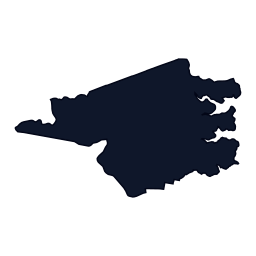 outline of Willoughby, New South Wales, Australia
{"feature_id": "25037944B78861208186776", "entity_name": "Willoughby", "entity_type": "district", "adm_level": 2, "iso_a3": "AUS", "parent_name": "Australia", "parent_adm1": "New South Wales", "projection": "robinson", "projection_center": [151.215, -33.802], "detail": "fine", "context": "isolated", "style": "filled", "palette": "ink", "viewbox_px": 256, "rotation_deg": 0, "n_neighbors": 0, "source": "geoboundaries", "source_scale": "gbopen_adm2", "svg_char_len": 5843}
<svg xmlns="http://www.w3.org/2000/svg" viewBox="0 0 256 256"><path d="M50.6,99.5L51.5,101.3L51.9,105.0L52.0,107.2L52.0,108.4L52.2,110.1L52.9,113.3L54.0,115.2L55.6,117.5L56.4,119.2L56.0,120.9L55.5,121.9L54.2,123.8L52.9,125.0L52.2,125.3L51.6,125.2L50.1,124.0L48.9,123.4L47.5,123.5L45.6,124.2L44.4,124.4L43.0,124.5L42.2,124.3L41.6,123.7L41.1,121.3L40.8,120.6L40.3,120.1L39.4,119.9L38.8,120.0L36.4,121.7L35.6,121.9L34.8,121.8L33.1,120.7L32.1,120.4L31.1,120.4L23.8,121.9L21.7,122.6L19.7,124.1L17.6,126.4L15.7,127.4L15.4,127.8L15.4,128.3L16.0,129.8L17.8,131.7L24.0,132.4L30.1,133.5L74.5,141.5L75.1,141.8L78.9,144.2L88.5,146.0L89.4,145.9L90.5,145.4L91.3,144.8L92.9,143.1L96.8,142.3L99.0,141.2L101.4,139.8L106.7,139.3L107.6,142.8L107.5,143.7L107.3,144.8L105.6,147.2L103.4,151.8L99.2,155.6L97.9,157.3L97.4,158.1L97.2,158.8L97.5,160.6L98.4,162.2L103.0,166.4L104.8,171.3L106.1,172.8L108.2,174.3L112.3,175.3L113.2,175.7L114.0,176.3L123.8,187.7L125.8,190.9L127.5,194.7L128.2,195.6L129.3,196.1L132.8,196.9L134.5,196.7L136.6,196.1L143.2,193.1L145.8,192.5L145.3,188.8L146.9,188.5L159.6,188.7L163.6,189.2L164.8,182.5L173.0,183.8L173.2,182.4L173.7,181.1L174.1,179.5L179.3,180.4L179.6,178.8L181.7,178.0L182.2,177.5L183.2,176.9L183.8,176.3L185.1,174.3L186.1,174.6L186.5,174.5L189.1,172.8L192.3,171.6L193.1,170.9L193.4,170.2L193.4,169.9L194.7,170.2L195.8,170.0L196.9,170.1L198.5,172.4L200.4,173.3L200.8,173.7L201.3,173.8L201.7,174.1L202.1,173.6L202.8,173.1L205.3,173.1L205.8,173.3L206.8,174.8L207.4,175.1L207.6,175.4L209.3,176.2L210.1,176.3L211.6,175.5L212.7,175.1L213.9,174.3L215.2,174.3L215.7,174.0L216.8,174.2L219.1,171.8L219.2,171.3L218.4,169.6L217.8,167.3L217.3,166.5L216.5,165.8L216.9,165.4L217.0,164.6L217.7,164.9L219.5,165.3L220.6,167.6L222.6,167.4L222.9,168.0L223.2,168.4L223.9,168.4L224.7,168.8L225.9,169.1L226.2,169.0L227.1,168.2L228.4,167.3L228.7,166.5L228.9,166.3L229.3,166.1L229.5,166.2L230.0,166.1L231.0,165.1L232.4,164.5L232.4,164.2L232.8,163.8L233.1,163.9L234.2,163.5L235.0,163.6L236.7,163.7L237.9,164.0L238.5,163.5L237.8,162.4L236.3,161.4L235.0,161.1L234.6,160.8L234.7,160.6L234.0,160.0L233.6,159.4L233.9,158.8L233.7,158.3L233.9,157.4L235.0,155.8L235.7,153.8L235.4,152.5L235.5,152.2L235.3,151.8L235.4,150.8L236.4,149.6L236.6,149.1L236.8,148.2L236.7,147.5L236.9,147.0L238.3,146.3L238.7,145.7L238.8,145.0L238.5,143.0L238.1,142.0L237.2,141.4L236.0,141.0L234.4,139.4L233.3,139.0L232.3,139.0L231.5,139.3L230.5,140.0L228.5,140.1L227.9,139.5L226.3,138.7L226.1,138.4L226.0,138.6L225.5,138.3L223.3,137.8L222.2,137.8L222.2,137.6L221.2,138.0L220.9,138.3L220.7,138.8L219.5,140.0L218.8,140.4L218.9,140.5L218.7,140.8L218.1,140.9L218.0,141.4L217.8,141.6L217.4,142.3L217.0,142.5L216.8,142.3L216.5,142.3L216.0,142.5L214.3,143.3L214.0,143.0L213.9,142.4L213.6,142.1L211.9,141.8L206.5,143.0L206.1,141.9L205.5,141.2L203.3,139.7L201.5,139.1L201.6,138.8L201.8,138.7L204.0,138.7L206.3,139.1L207.9,139.7L208.9,139.7L209.1,139.6L210.2,138.8L210.5,138.8L212.5,137.9L214.0,137.7L214.8,137.2L215.6,136.2L215.6,135.1L215.2,134.5L214.5,133.9L213.8,132.6L212.7,131.8L213.0,131.2L215.1,131.1L216.1,130.6L216.5,130.0L216.8,129.0L217.9,127.7L218.0,126.5L218.7,126.7L219.0,127.4L219.6,127.9L221.4,130.2L222.6,130.9L223.1,130.8L224.9,130.1L225.6,129.6L225.9,129.0L226.2,128.9L227.7,129.3L228.6,130.3L231.1,130.0L232.7,130.5L233.8,130.4L234.4,130.1L234.9,129.6L235.2,128.7L235.4,126.3L235.0,124.8L234.1,123.4L233.8,122.5L234.2,121.2L234.7,120.3L234.9,118.9L234.6,118.3L233.4,117.5L232.5,116.5L232.3,116.2L232.2,115.6L232.3,115.1L233.0,114.1L233.4,112.9L235.1,111.1L235.2,110.1L235.0,109.5L233.9,107.9L233.0,106.9L232.4,106.6L231.6,106.4L231.2,106.6L230.8,106.9L230.5,107.8L230.4,108.4L228.9,110.6L226.3,112.6L225.3,113.1L223.9,113.3L222.0,113.1L219.8,114.4L217.9,114.5L216.7,114.4L216.5,114.6L214.6,114.7L213.2,115.2L212.5,115.7L211.5,116.1L210.2,115.9L208.9,115.2L207.8,114.8L205.4,114.3L203.7,114.5L202.3,114.9L202.2,114.8L203.4,113.9L204.4,113.3L204.9,113.1L207.1,113.5L207.9,113.8L208.3,114.2L208.7,114.2L208.9,113.8L210.4,113.5L211.7,112.8L213.9,110.8L215.1,109.4L215.4,108.4L215.4,107.6L215.4,106.6L215.1,105.6L214.7,105.0L214.2,104.5L210.8,103.0L210.2,102.7L208.0,100.6L207.2,99.3L206.8,99.1L205.6,99.4L204.9,100.7L203.2,101.9L201.9,102.1L200.5,101.7L197.4,98.9L196.0,95.9L195.1,94.9L195.0,94.4L195.0,92.9L196.6,94.5L198.7,97.4L200.0,98.1L200.9,98.4L201.3,98.3L201.9,96.8L202.6,96.1L202.8,95.6L204.8,95.4L205.8,94.8L206.3,94.7L207.7,95.5L208.2,96.0L209.6,96.9L210.2,97.6L210.6,98.5L211.2,99.1L214.0,99.4L216.8,101.4L218.6,102.0L220.5,103.0L221.6,103.1L222.6,102.7L222.9,102.3L223.4,101.2L224.1,100.8L224.0,100.5L222.9,99.3L222.3,98.1L222.3,97.8L223.0,97.9L224.5,97.0L225.6,96.8L227.7,97.3L229.8,97.3L230.1,97.1L231.6,97.2L232.6,96.6L233.1,96.0L233.3,95.6L233.2,95.0L233.5,94.9L233.8,95.1L234.3,96.7L234.7,97.4L235.5,98.1L236.2,98.2L239.6,95.3L240.4,94.0L240.6,92.2L240.0,90.2L239.8,88.3L239.3,87.5L239.4,86.2L239.2,85.4L237.5,83.8L236.0,83.3L234.7,82.4L234.5,82.0L234.4,81.3L233.9,80.3L233.7,79.3L233.2,78.6L230.6,79.3L227.9,80.5L226.4,80.9L224.4,81.1L217.8,81.2L215.7,81.8L214.6,82.2L213.7,82.0L212.0,80.5L210.3,79.4L209.2,78.9L208.5,79.0L205.8,80.1L203.0,80.1L202.4,79.9L200.5,78.6L199.6,78.2L199.0,77.4L198.7,76.5L197.2,76.6L196.2,76.9L194.9,76.9L193.0,76.6L191.8,76.2L190.3,74.9L189.4,72.8L189.2,70.4L188.4,68.3L189.1,66.0L189.2,64.8L188.7,62.9L188.1,61.6L186.9,59.6L186.7,59.4L184.5,59.2L178.4,59.1L177.0,59.9L176.3,59.9L174.6,60.7L161.2,65.4L147.0,70.6L146.0,71.1L134.6,75.4L132.5,76.1L132.1,76.1L106.3,85.7L106.0,85.8L105.9,85.5L89.9,91.7L89.4,92.1L89.1,93.1L88.6,93.8L88.0,94.5L87.4,96.5L85.8,96.0L84.5,95.1L81.4,94.7L80.2,94.9L77.8,96.0L74.6,99.1L72.8,98.9L70.0,99.1L69.4,98.9L67.0,97.4L65.6,97.1L64.6,97.1L63.9,97.4L63.1,98.5L62.3,99.3L61.2,99.8L59.4,99.2L58.1,99.5L56.5,98.5L55.0,98.3L53.2,98.5L50.6,99.5Z" fill="#0f172a" stroke="#020617" stroke-width="1.5"/></svg>